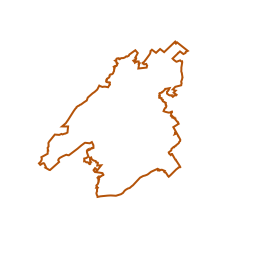 Vānes pag., Kandavas, Latvia, rotated 325°
{"feature_id": "27541924B3957648915693", "entity_name": "Vānes pag.", "entity_type": "district", "adm_level": 2, "iso_a3": "LVA", "parent_name": "Latvia", "parent_adm1": "Kandavas", "projection": "robinson", "projection_center": [22.617, 56.905], "detail": "fine", "context": "isolated", "style": "outline", "palette": "amber", "viewbox_px": 256, "rotation_deg": 325, "n_neighbors": 0, "source": "geoboundaries", "source_scale": "gbopen_adm2", "svg_char_len": 5698}
<svg xmlns="http://www.w3.org/2000/svg" viewBox="0 0 256 256"><g transform="rotate(325 128 128)"><path d="M156.1,65.4L156.6,66.6L156.3,67.1L156.2,67.4L156.4,67.6L156.4,68.5L155.8,68.7L155.7,68.9L155.7,69.0L156.1,69.3L155.6,69.5L155.4,70.0L154.3,70.5L153.7,70.4L153.7,70.1L152.6,69.7L151.5,69.7L151.4,69.7L151.4,69.9L151.8,70.7L151.2,70.9L151.1,71.0L151.2,71.3L151.0,71.7L150.3,71.9L149.3,73.3L148.3,73.8L147.0,74.7L145.5,74.7L144.2,74.0L143.4,74.2L143.1,74.3L143.1,74.5L142.6,75.2L141.9,75.4L141.6,75.8L139.0,75.6L138.2,76.0L138.4,76.4L137.7,76.9L137.1,76.9L136.8,77.3L136.9,77.7L136.8,78.0L137.7,79.0L139.1,80.0L139.3,80.3L139.2,80.5L138.7,80.6L138.4,81.2L138.1,81.4L138.1,81.6L138.2,81.9L138.1,82.1L137.0,82.3L135.1,83.2L133.3,81.3L131.9,80.3L130.6,79.7L129.3,77.8L128.8,76.8L124.8,78.9L121.3,79.3L118.8,79.3L112.5,80.0L110.0,81.8L106.5,81.7L103.0,81.8L102.1,81.5L100.9,81.6L99.4,81.3L97.7,81.4L97.3,81.8L96.0,82.0L93.2,83.0L83.6,87.0L79.8,88.4L74.9,88.9L79.8,92.4L75.8,97.0L73.6,96.7L72.6,96.2L70.7,95.7L70.1,94.7L67.7,94.2L64.3,91.4L58.2,93.2L56.0,93.8L54.4,94.5L54.0,94.9L53.6,95.7L52.3,97.6L50.7,98.2L49.7,100.6L49.4,100.4L47.4,103.0L40.3,102.2L39.7,103.9L38.5,104.9L36.5,105.7L34.8,105.9L35.0,107.9L36.9,108.0L37.3,107.9L38.7,108.4L39.0,109.0L38.3,113.2L37.6,113.2L39.5,117.2L40.0,117.7L52.1,116.3L52.4,114.3L53.6,113.6L55.2,113.4L58.6,113.8L62.1,114.5L63.0,115.6L63.9,116.4L74.7,116.0L79.9,115.5L83.8,115.4L84.4,115.5L87.9,118.6L90.3,118.8L89.8,122.2L88.3,124.5L87.2,124.2L87.3,123.9L86.9,123.6L86.5,123.5L84.6,123.9L82.2,123.4L83.1,122.7L82.3,122.6L81.7,123.3L81.2,123.2L80.5,124.3L80.1,125.4L79.2,128.9L75.9,128.5L75.4,128.2L74.6,127.9L74.0,128.9L73.0,130.1L73.4,130.3L73.8,130.8L74.1,132.1L74.5,132.5L75.1,132.7L75.5,133.2L75.7,135.5L76.1,135.8L76.7,135.7L77.4,134.4L78.1,134.6L78.1,133.3L79.7,130.7L80.9,131.0L80.4,132.0L80.6,132.1L80.4,132.9L81.1,134.8L82.6,136.6L82.2,138.0L83.3,138.9L83.3,139.4L81.3,141.1L84.7,143.2L78.5,145.1L77.9,144.5L78.3,143.8L78.3,142.7L78.0,142.0L75.6,142.8L75.5,143.4L75.6,144.0L75.7,145.2L76.8,146.1L80.1,149.2L81.2,150.3L81.0,151.9L81.0,152.3L80.8,152.4L80.1,151.9L79.4,152.1L78.6,152.1L78.0,151.9L77.4,152.1L76.4,152.1L76.5,151.9L76.2,151.7L76.7,151.4L76.5,151.0L75.8,150.9L75.6,151.0L74.9,151.2L75.1,151.4L74.8,151.5L74.6,151.8L74.7,152.4L74.4,152.6L74.5,152.8L75.0,153.1L75.0,153.4L74.3,153.9L74.2,153.8L74.0,154.0L73.6,154.2L73.7,154.6L73.1,155.2L72.6,155.3L72.6,155.6L71.4,156.4L70.6,156.7L69.6,156.8L69.0,157.1L68.9,157.6L68.3,158.3L68.0,158.5L68.9,158.8L68.8,159.2L69.0,159.6L68.1,159.9L67.1,160.9L66.4,162.1L65.5,162.6L64.7,163.3L64.1,164.8L64.0,166.0L63.5,167.0L66.3,168.2L72.7,171.8L75.1,173.3L79.3,176.6L84.3,178.2L86.7,178.3L88.7,177.6L90.4,177.3L93.2,177.5L94.9,178.1L98.1,177.8L99.1,177.8L109.4,175.6L112.8,176.0L115.0,176.8L117.2,177.3L118.5,177.3L121.8,177.1L128.9,178.4L129.0,178.6L128.7,179.0L128.9,179.2L128.6,179.2L128.5,179.5L128.3,179.4L128.2,179.7L128.6,179.8L129.0,180.8L131.4,181.4L131.8,181.6L133.5,184.2L132.5,184.6L132.8,185.7L133.4,186.2L133.3,189.8L133.2,189.9L133.4,191.3L135.8,191.0L143.7,189.6L146.1,189.5L146.6,189.3L147.5,189.5L148.0,190.0L148.4,190.0L148.6,188.5L148.8,182.7L148.7,182.6L149.0,181.4L148.6,181.1L148.6,180.9L149.2,174.6L148.7,174.3L147.5,174.7L147.0,172.5L147.4,171.3L150.5,171.2L151.6,170.1L154.5,169.7L154.8,170.2L156.2,169.8L156.9,170.0L157.1,169.8L160.9,169.5L162.1,168.7L163.2,168.6L164.1,167.6L164.4,165.6L164.4,163.8L164.6,163.8L164.9,160.4L162.8,159.9L163.0,159.8L164.0,158.6L165.1,158.6L165.6,153.3L171.8,153.6L171.7,152.9L172.2,152.5L172.3,151.5L171.8,150.8L171.9,149.8L171.7,148.6L172.2,147.5L171.6,147.3L171.4,146.8L171.9,146.1L171.5,145.8L171.0,145.7L170.6,145.2L170.9,145.1L171.3,144.8L171.1,143.6L170.3,143.6L170.1,142.5L170.9,142.0L172.0,140.4L173.1,140.3L173.4,139.8L173.0,139.6L171.1,139.3L170.1,138.7L167.9,136.2L166.8,134.6L168.2,133.6L170.2,132.8L170.8,133.0L172.1,132.0L172.1,131.0L172.4,130.9L172.6,130.4L172.4,130.3L172.4,130.2L173.0,129.4L173.4,129.1L173.2,128.6L172.8,128.4L172.7,127.5L172.2,126.8L172.2,126.3L171.9,126.0L172.0,125.3L172.6,124.8L172.1,124.3L172.0,124.0L172.3,123.3L172.2,123.2L172.6,122.8L172.1,122.1L171.2,121.5L170.9,121.1L171.2,120.7L171.8,120.4L171.8,120.1L172.1,120.0L172.3,120.1L172.6,120.0L172.8,119.5L172.5,119.1L173.2,118.7L173.5,117.7L174.0,117.6L175.2,118.2L176.3,118.0L176.9,118.1L176.9,118.3L180.5,117.7L180.9,117.3L181.8,117.8L184.9,119.2L182.2,120.6L180.9,120.6L179.7,122.2L180.4,124.4L180.8,125.1L181.8,125.8L181.7,125.8L182.3,126.8L182.6,128.2L184.6,128.0L186.0,128.4L186.1,128.8L186.8,128.7L185.7,125.2L188.4,124.7L187.5,123.8L187.5,122.5L187.0,122.1L190.4,121.4L196.0,123.5L196.3,123.4L196.9,122.6L197.7,122.0L197.9,121.0L198.1,120.6L200.2,119.1L201.2,118.2L201.4,117.9L201.6,117.9L203.6,113.9L204.1,112.2L205.8,110.0L206.1,109.4L210.0,105.4L210.5,104.5L209.9,104.3L209.5,102.5L205.8,101.6L205.6,101.4L204.7,98.8L204.3,96.7L211.8,95.5L212.0,95.3L212.4,95.4L214.5,95.1L215.8,99.2L218.1,99.5L219.0,98.8L221.2,99.1L217.3,86.0L215.6,86.4L215.4,85.2L215.6,84.9L216.2,84.5L216.2,84.3L201.1,86.6L199.6,81.7L194.1,82.5L192.5,77.6L190.5,77.9L190.1,78.6L188.6,79.8L187.1,80.4L183.0,81.8L178.9,83.1L177.4,83.0L177.0,83.5L177.5,84.1L177.7,85.1L179.7,86.0L179.4,87.4L179.5,87.8L177.9,89.2L170.6,85.2L173.5,82.3L173.4,81.9L174.6,81.6L174.0,81.0L174.9,79.6L173.8,78.8L171.4,78.5L172.1,77.7L171.1,77.2L171.0,75.9L173.6,76.4L174.8,75.5L174.8,74.8L174.4,74.5L179.0,72.2L178.6,68.5L171.2,68.6L170.2,69.2L169.6,69.2L168.2,69.0L167.7,68.3L165.7,68.4L164.0,67.9L163.1,67.2L162.2,66.8L160.6,66.9L160.3,66.6L160.2,66.4L160.5,65.7L160.3,65.5L160.1,65.3L158.7,64.7L158.4,64.7L158.0,64.9L157.6,65.5L156.1,65.4Z" fill="none" stroke="#b45309" stroke-width="2"/></g></svg>